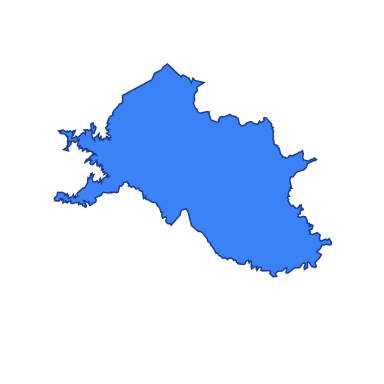 São Francisco de Paula, Rio Grande do Sul, Brazil (Mercator projection), rotated 152°
{"feature_id": "56859067B57132169155590", "entity_name": "São Francisco de Paula", "entity_type": "district", "adm_level": 2, "iso_a3": "BRA", "parent_name": "Brazil", "parent_adm1": "Rio Grande do Sul", "projection": "mercator", "projection_center": [-50.466, -29.166], "detail": "fine", "context": "isolated", "style": "filled", "palette": "blue", "viewbox_px": 384, "rotation_deg": 152, "n_neighbors": 0, "source": "geoboundaries", "source_scale": "gbopen_adm2", "svg_char_len": 6055}
<svg xmlns="http://www.w3.org/2000/svg" viewBox="0 0 384 384"><g transform="rotate(152 192 192)"><path d="M317.1,248.6L313.8,246.5L312.1,246.9L311.3,247.9L311.1,246.9L309.8,246.9L310.7,245.7L309.4,245.3L311.1,243.0L307.5,243.2L308.0,242.1L307.0,241.9L307.3,240.9L303.2,241.7L304.1,238.8L302.5,237.7L299.1,237.4L298.7,236.4L296.6,235.8L298.0,234.0L294.6,233.3L294.9,231.3L293.4,229.7L293.5,228.5L292.3,228.6L291.6,229.7L291.7,235.1L289.0,231.8L287.8,231.7L288.7,230.5L288.1,229.6L288.6,228.3L287.8,228.0L281.5,228.6L280.2,230.3L280.4,232.3L273.4,231.7L271.7,233.3L270.2,233.2L265.8,230.0L263.5,230.0L263.4,228.8L261.4,228.8L258.6,226.7L257.2,226.7L253.2,231.2L251.8,230.3L248.8,231.3L248.2,232.6L244.2,231.5L244.7,230.4L243.8,229.2L245.3,227.3L243.6,225.8L243.6,224.8L240.8,224.3L240.1,220.9L237.2,220.4L237.6,218.3L235.7,215.5L237.8,209.0L235.3,209.7L236.3,208.2L235.6,206.5L234.6,206.3L232.1,201.9L228.6,199.1L229.0,196.2L228.0,193.4L228.9,188.7L227.7,187.8L229.6,186.0L230.3,182.7L226.4,182.3L226.7,180.6L228.9,178.8L228.4,175.6L226.0,174.0L226.1,172.5L213.4,177.3L210.1,180.9L205.2,180.0L204.8,176.2L208.2,162.7L205.0,154.3L202.8,153.0L201.7,150.6L200.6,143.7L201.2,140.6L199.5,137.9L200.5,136.9L199.7,134.3L199.4,126.6L198.3,126.3L198.0,123.3L196.2,120.7L196.2,119.3L193.3,118.0L192.5,115.8L190.1,116.1L187.5,114.2L187.3,112.1L185.4,111.4L185.6,109.0L184.5,108.0L185.2,107.3L184.2,106.4L180.1,103.7L178.8,103.7L176.5,105.7L174.4,105.2L174.8,102.6L173.1,103.6L172.2,103.2L173.7,100.2L173.0,99.2L174.7,98.7L175.4,96.2L171.4,96.5L169.4,95.8L171.3,94.3L171.5,92.3L169.4,93.6L166.6,93.5L166.2,92.5L167.8,90.5L167.2,89.5L160.3,86.1L160.0,84.9L161.6,83.4L160.2,79.1L156.8,77.7L156.9,80.6L153.7,81.8L149.4,80.0L144.8,81.1L144.0,80.4L146.9,76.7L145.6,75.4L136.9,76.9L132.5,74.6L128.5,76.8L126.9,76.9L126.0,76.2L125.9,75.0L128.5,72.8L129.1,70.8L125.4,71.1L123.3,75.7L122.5,75.5L121.5,74.0L121.3,70.0L118.3,67.4L117.0,68.3L116.8,71.9L110.5,73.9L107.1,76.0L110.1,80.6L105.3,81.7L101.9,84.3L99.8,83.0L98.3,83.4L96.5,81.4L93.9,80.2L92.5,82.3L92.8,86.5L95.2,85.7L96.0,87.6L101.1,88.0L101.6,89.8L101.0,91.8L99.0,93.7L100.6,97.4L105.2,97.7L108.0,99.8L106.3,101.2L106.9,103.1L103.5,102.9L100.9,105.7L102.5,107.6L103.7,106.2L104.6,106.5L103.1,109.0L104.9,110.6L103.8,112.6L103.5,116.8L105.3,118.3L108.3,118.8L110.0,120.6L108.6,122.2L106.7,121.9L105.5,124.5L102.0,124.2L102.0,125.7L103.4,126.0L101.5,129.2L102.7,129.7L106.4,127.9L108.2,129.3L109.0,132.9L110.6,132.5L111.1,133.5L111.3,139.2L110.3,140.0L110.2,142.3L109.4,143.1L108.0,142.6L108.3,144.5L106.2,147.3L104.8,147.1L103.8,149.2L102.3,148.5L102.7,150.1L101.9,150.0L100.2,156.4L97.7,159.1L95.9,157.9L90.4,160.5L82.7,159.1L80.5,159.7L76.4,162.7L69.9,162.7L68.7,161.8L66.9,162.3L68.2,164.7L70.2,164.1L71.0,164.7L74.9,164.6L78.2,167.7L78.2,170.5L75.9,173.3L75.1,176.7L77.5,176.2L79.1,177.0L80.4,176.3L84.2,176.9L85.7,176.2L88.5,178.4L91.5,177.1L93.3,177.8L93.3,178.9L95.7,180.5L95.2,181.5L96.0,184.0L94.5,189.6L95.5,192.0L94.7,192.5L97.1,195.7L95.5,199.3L95.8,200.8L94.3,202.1L93.3,205.4L91.5,207.1L91.4,210.3L90.1,210.6L91.1,213.3L89.8,214.3L91.8,222.7L93.3,223.7L94.3,223.3L94.7,221.1L98.5,220.8L99.1,222.9L102.2,220.8L105.5,223.6L106.4,225.9L107.7,226.8L111.8,227.3L113.4,226.3L117.0,226.9L118.3,229.7L116.8,235.1L118.3,238.6L121.0,240.2L122.0,242.8L127.7,243.1L131.9,245.0L135.0,243.2L134.6,242.0L135.2,241.4L137.0,241.7L141.5,246.9L140.4,252.7L139.1,254.5L141.1,255.9L148.2,257.9L149.4,260.4L148.8,263.1L149.8,264.2L149.6,267.1L149.1,269.8L146.2,272.4L145.1,275.9L142.9,277.8L139.9,278.7L138.6,282.3L129.9,283.0L137.0,288.9L137.7,292.0L141.4,288.6L141.2,293.6L144.9,299.5L146.8,299.4L147.6,298.5L153.6,316.6L159.2,315.7L161.4,314.1L169.2,314.4L174.8,309.9L208.0,309.8L211.4,303.4L215.3,303.7L216.1,302.7L222.5,300.6L225.1,298.9L225.6,297.0L228.3,297.2L231.2,295.8L234.8,292.2L233.4,291.1L238.2,289.1L238.1,286.3L236.0,286.4L237.4,284.4L239.8,283.9L239.0,281.6L237.9,280.8L237.9,278.3L239.5,278.6L240.3,278.0L240.1,276.8L241.5,277.4L240.3,279.9L241.5,281.2L242.9,279.5L244.5,280.7L245.8,279.5L246.3,280.5L247.8,280.5L245.8,284.4L249.3,281.9L248.9,284.5L246.7,287.2L251.1,285.6L252.7,285.8L254.0,283.2L254.4,287.1L253.4,290.2L252.2,291.2L251.2,289.6L246.5,293.9L246.7,295.4L248.2,294.9L246.9,299.5L249.7,299.3L251.9,292.9L252.7,294.7L254.7,294.6L254.8,295.8L258.1,297.4L257.6,295.6L259.2,292.9L259.6,295.3L261.4,295.4L268.4,293.2L267.7,295.2L268.6,295.9L270.1,295.1L273.1,296.0L270.0,299.2L270.1,298.1L266.1,301.1L268.2,301.7L269.4,300.8L271.0,303.3L272.8,302.9L273.3,304.3L274.5,303.8L276.8,307.3L278.1,307.8L279.1,306.9L279.6,308.0L281.0,308.6L280.4,305.0L277.8,303.7L276.7,302.0L276.5,299.7L275.5,299.6L278.6,294.2L277.2,294.5L279.3,292.2L282.1,290.1L285.5,289.8L281.8,286.3L281.2,289.5L276.7,290.9L275.4,292.5L275.7,293.9L272.3,292.4L272.5,290.9L271.7,290.5L267.2,291.3L271.3,287.0L271.2,286.1L270.4,285.8L271.1,283.4L269.1,284.9L269.6,282.7L268.1,282.3L269.5,279.6L268.3,279.4L266.0,280.7L264.5,279.6L265.6,279.1L264.9,278.6L265.9,276.7L264.8,276.3L264.5,277.1L263.4,277.2L263.8,276.4L261.2,274.5L261.7,273.4L259.4,271.5L259.1,269.7L260.8,271.3L262.3,270.6L262.0,271.5L263.6,271.5L268.1,269.8L269.8,270.3L272.4,268.3L266.3,268.7L267.1,267.8L266.1,266.9L268.4,265.7L268.6,264.3L267.0,262.7L261.3,264.5L262.1,263.0L261.6,262.1L262.9,261.7L263.4,259.5L259.3,259.3L259.6,257.7L258.9,257.1L259.9,256.7L261.6,253.9L259.7,253.9L261.3,251.4L259.5,250.8L261.4,248.9L258.6,248.7L258.2,246.9L259.4,246.7L257.6,244.8L258.6,244.2L260.4,245.6L263.9,245.7L267.7,242.6L266.4,247.1L267.7,246.5L268.1,244.9L270.3,244.0L270.3,246.4L272.7,246.3L274.7,247.4L274.1,250.6L270.6,253.4L272.6,253.8L271.3,255.5L272.8,255.6L275.9,252.2L277.1,253.5L279.8,249.3L284.5,246.1L286.4,246.7L292.9,245.1L294.5,244.1L294.8,242.3L297.4,241.5L296.8,243.3L299.0,242.5L298.2,245.2L299.3,244.2L304.1,244.4L302.6,247.2L303.8,247.5L303.1,249.0L305.9,249.0L305.1,250.4L306.7,252.6L310.9,254.7L312.9,252.1L316.4,251.2L317.1,248.6ZM260.5,259.2L261.6,258.7L261.8,257.8L260.8,258.1L260.5,259.2Z" fill="#3b82f6" stroke="#1e3a8a" stroke-width="1.5"/></g></svg>